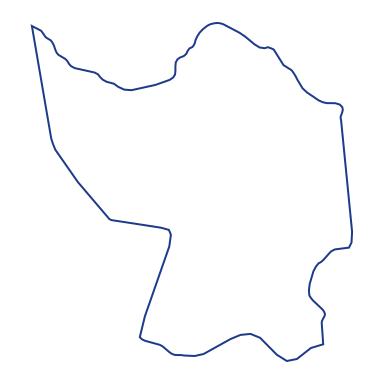 SVG path tracing the border of Misiones
{"feature_id": "PRY-609", "entity_name": "Misiones", "entity_type": "Department", "adm_level": 1, "iso_a3": "PRY", "parent_name": "Paraguay", "parent_adm1": "", "projection": "mercator", "projection_center": [-57.038, -26.955], "detail": "fine", "context": "isolated", "style": "outline", "palette": "blue", "viewbox_px": 384, "rotation_deg": 0, "n_neighbors": 0, "source": "natural_earth", "source_scale": "10m", "svg_char_len": 1741}
<svg xmlns="http://www.w3.org/2000/svg" viewBox="0 0 384 384"><path d="M194.7,356.0L184.0,355.5L181.6,355.1L175.3,355.0L175.2,355.0L172.2,354.0L169.7,352.4L162.4,346.2L159.7,344.8L147.2,341.4L144.6,340.6L141.7,339.1L139.8,337.1L139.9,336.7L144.9,316.3L169.3,246.4L170.9,234.7L168.9,229.9L161.0,227.7L111.4,220.1L109.3,219.0L77.9,182.1L55.3,149.7L52.9,143.7L51.2,138.4L31.9,26.0L41.2,30.8L45.7,37.2L47.6,38.5L50.7,40.3L52.3,42.4L53.8,45.3L55.7,50.7L56.7,52.8L58.5,54.9L65.4,59.0L67.3,61.0L68.9,63.7L71.0,66.1L74.7,68.1L94.5,72.5L98.1,74.4L100.0,77.0L102.8,79.7L106.6,81.8L113.9,83.7L118.3,86.9L124.2,89.6L131.5,90.2L155.5,84.9L169.6,79.9L173.2,77.5L175.0,74.6L175.4,71.1L175.4,66.4L175.8,62.3L177.4,59.5L179.7,57.7L183.7,56.1L185.6,54.5L186.7,53.3L187.1,51.9L188.0,50.4L189.5,48.4L192.4,47.0L193.7,45.3L194.8,43.1L195.5,40.3L197.1,36.6L199.6,32.7L202.8,29.3L207.1,25.9L208.7,25.0L210.8,24.1L213.7,23.4L216.5,23.0L219.0,23.1L221.4,23.6L223.4,24.3L239.6,32.8L245.4,36.8L254.5,44.3L259.6,47.5L264.7,48.2L267.9,47.2L271.3,48.4L273.7,49.5L283.5,65.1L291.4,70.1L293.0,72.1L295.4,75.8L297.6,80.1L302.6,88.4L307.1,92.5L318.7,100.4L322.7,102.2L326.7,103.1L335.3,103.2L339.9,104.6L342.3,107.2L342.8,109.8L342.2,112.4L341.0,115.7L340.6,117.2L340.6,117.9L341.1,120.5L352.1,231.9L351.5,242.5L349.0,247.6L335.1,249.4L333.2,250.2L330.6,251.8L323.5,259.8L321.2,261.9L318.5,263.4L315.9,266.6L313.4,271.4L309.7,283.9L308.9,290.5L309.4,295.6L311.1,298.2L313.0,300.5L322.6,309.6L323.9,311.4L324.9,313.7L324.8,315.4L323.9,317.3L323.1,318.6L322.0,321.0L321.7,322.8L323.2,344.3L310.9,348.0L296.9,359.0L286.8,361.0L286.7,360.9L276.9,354.8L260.1,337.8L250.5,333.9L240.5,334.9L230.6,339.0L203.6,354.0L194.7,356.0Z" fill="none" stroke="#1e3a8a" stroke-width="2"/></svg>